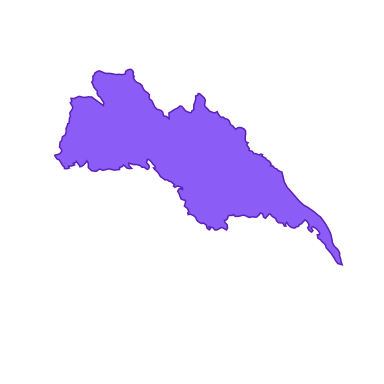 outline of Araguanã, Tocantins, Brazil, rotated 139°
{"feature_id": "56859067B14551772321426", "entity_name": "Araguanã", "entity_type": "district", "adm_level": 2, "iso_a3": "BRA", "parent_name": "Brazil", "parent_adm1": "Tocantins", "projection": "equal_earth", "projection_center": [-48.525, -6.736], "detail": "fine", "context": "isolated", "style": "filled", "palette": "violet", "viewbox_px": 384, "rotation_deg": 139, "n_neighbors": 0, "source": "geoboundaries", "source_scale": "gbopen_adm2", "svg_char_len": 4760}
<svg xmlns="http://www.w3.org/2000/svg" viewBox="0 0 384 384"><g transform="rotate(139 192 192)"><path d="M111.1,148.0L112.9,151.6L112.9,153.9L114.0,155.5L114.0,158.9L115.6,160.4L113.9,161.2L113.5,164.6L114.5,167.1L114.2,169.1L115.8,173.2L114.3,174.0L115.2,175.5L117.1,176.0L117.9,177.4L118.6,179.0L120.0,180.3L119.9,183.3L121.7,185.9L120.2,187.3L119.7,191.8L117.3,192.4L118.3,193.8L118.1,195.8L115.9,198.5L113.3,200.7L111.5,203.0L111.4,205.8L112.7,208.4L114.0,209.7L115.6,210.5L117.9,210.6L117.9,215.2L118.7,217.4L117.3,221.5L117.4,223.5L119.0,225.9L119.4,228.2L120.9,229.0L121.3,230.9L120.9,233.9L120.2,236.1L122.0,236.6L123.4,237.2L125.7,241.4L125.7,245.1L126.1,247.9L125.3,249.6L121.7,252.5L121.0,255.0L121.7,261.0L122.7,262.3L124.3,261.3L126.2,262.1L128.4,259.5L131.8,257.4L133.5,256.6L136.5,253.0L138.9,253.3L140.4,252.4L141.7,253.4L142.6,255.1L143.6,257.3L143.5,263.3L144.6,264.8L146.3,264.8L148.2,264.9L150.7,265.6L152.2,266.0L154.0,266.1L157.6,266.8L159.3,264.6L161.3,262.4L161.7,265.7L163.4,267.9L161.7,271.7L161.9,274.0L164.1,277.5L164.4,280.8L163.7,282.7L162.9,285.6L162.4,287.3L163.0,290.1L162.0,292.0L160.3,293.3L160.4,296.1L161.1,298.3L161.3,300.2L160.8,302.7L159.8,305.2L160.2,307.8L161.7,311.0L162.0,313.2L161.3,316.9L159.8,317.0L159.5,319.2L157.7,320.7L157.2,322.5L157.6,324.7L159.9,326.2L162.9,326.6L165.2,324.8L167.9,326.6L170.1,329.0L172.2,330.3L175.5,334.7L179.7,338.6L182.2,344.0L184.1,345.1L187.3,345.5L189.2,344.5L190.9,344.4L193.3,341.3L195.6,340.7L196.1,338.8L197.3,335.3L197.4,332.0L197.2,330.1L198.9,328.8L199.7,326.1L199.0,323.4L199.5,321.0L200.0,317.1L202.2,315.5L205.4,329.7L206.7,330.6L207.6,331.9L209.5,332.7L212.2,335.0L213.7,337.3L214.7,338.4L217.3,339.2L219.7,340.0L221.9,342.1L223.3,339.2L225.3,339.2L226.3,334.4L227.5,333.3L230.1,332.5L232.0,332.0L233.2,330.6L234.1,328.8L235.7,328.4L237.3,326.9L239.8,324.5L241.1,325.1L243.0,323.6L245.3,322.7L246.9,320.7L248.1,319.4L250.1,318.3L253.8,318.6L255.2,317.4L256.9,316.2L258.7,316.3L260.7,314.5L262.5,312.8L262.6,309.8L263.6,308.3L265.7,307.7L267.9,308.0L270.2,309.3L271.6,309.7L272.0,307.6L272.2,305.3L271.1,303.3L271.6,300.3L272.3,296.9L272.0,294.9L272.9,293.3L271.0,291.5L268.9,290.6L268.3,292.5L266.8,291.3L264.8,290.2L262.8,289.4L262.7,291.5L260.6,290.6L259.3,291.1L259.5,286.1L260.1,284.6L258.5,283.7L255.9,283.5L252.3,284.0L250.9,284.5L251.5,281.6L254.3,278.4L253.8,273.9L251.5,271.2L250.1,270.2L248.5,270.3L246.4,269.7L245.1,266.8L239.5,264.0L238.1,261.9L236.3,259.5L233.3,257.5L232.0,256.5L230.3,258.0L228.3,257.0L226.2,257.3L225.5,255.0L225.5,253.0L224.0,250.8L222.0,249.4L222.1,253.6L220.8,255.2L218.2,251.2L217.1,250.1L215.9,249.2L213.7,245.9L213.5,243.4L211.9,242.1L211.0,238.5L209.6,238.0L208.1,238.7L207.0,240.3L207.0,242.6L206.9,244.5L205.5,244.9L204.3,245.9L203.2,244.5L202.9,241.6L203.2,238.7L202.9,235.8L204.0,234.3L205.2,235.4L205.4,233.5L205.0,230.6L205.0,227.9L205.7,224.4L204.9,221.3L204.5,218.8L202.9,217.8L202.3,215.3L201.1,213.6L200.7,210.8L200.3,209.1L202.2,208.6L201.8,206.8L199.1,206.0L198.0,204.5L196.4,201.4L197.5,200.2L198.6,202.3L200.1,202.8L202.3,202.0L202.9,199.0L204.0,196.4L204.8,193.7L203.7,191.6L202.5,190.1L203.4,188.8L205.0,187.5L207.0,186.4L206.7,184.6L206.2,182.8L207.3,179.1L208.7,179.2L209.8,177.5L208.0,176.5L206.5,173.8L206.0,171.6L206.1,169.8L206.8,168.1L206.8,165.8L206.3,163.8L205.3,161.7L203.6,161.1L203.0,157.5L204.4,154.8L203.8,152.1L202.3,152.2L202.0,154.4L199.7,151.4L199.6,148.2L197.8,146.9L195.3,146.5L192.6,145.6L190.9,140.7L189.0,141.4L187.0,144.0L187.0,147.7L186.2,149.2L184.7,148.5L182.9,148.5L180.4,150.2L178.7,149.5L177.0,147.9L175.4,147.7L175.5,145.4L173.4,143.5L171.4,142.3L169.5,141.5L167.6,139.9L165.6,135.3L162.7,133.7L161.0,131.7L159.7,130.7L157.7,130.7L155.9,130.7L154.0,131.3L153.1,128.9L154.4,126.2L153.9,124.0L151.0,124.4L148.7,124.7L147.3,124.2L147.6,122.0L147.1,119.5L146.2,117.1L147.1,114.8L146.9,112.1L145.6,110.7L143.9,109.2L144.6,105.6L143.6,104.6L142.3,106.6L140.4,107.0L140.9,103.8L140.6,101.1L139.6,99.0L138.0,97.3L136.1,97.3L134.1,96.2L132.2,96.9L130.2,96.2L126.7,96.7L124.9,96.7L124.5,94.2L124.8,91.8L125.8,89.7L128.1,89.2L128.8,86.5L128.1,83.3L126.0,83.5L125.5,86.9L123.6,86.5L122.4,83.5L122.2,81.1L122.2,79.2L122.4,77.5L123.8,76.2L125.5,77.5L127.3,74.4L126.3,71.7L126.5,69.6L126.1,67.0L126.0,64.7L127.3,61.8L127.3,54.2L128.1,48.1L128.7,45.8L128.9,42.4L126.4,38.5L125.0,42.1L123.9,43.6L123.1,45.5L122.3,47.5L120.8,48.6L120.2,50.4L119.8,52.1L119.8,54.4L120.2,57.5L119.3,61.5L117.8,63.8L116.8,65.7L115.9,67.2L114.4,70.4L113.2,75.0L112.0,81.5L111.7,84.8L111.4,88.8L112.2,92.2L112.5,94.9L112.9,97.4L114.7,104.4L115.3,106.0L116.3,108.9L117.0,114.6L117.0,130.6L117.2,132.6L116.3,136.6L115.7,139.2L114.8,140.9L113.7,142.9L111.1,148.0Z" fill="#8b5cf6" stroke="#5b21b6" stroke-width="1.5"/></g></svg>